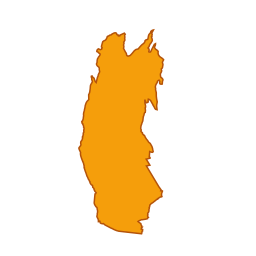 the district of Chiautzingo, Puebla, Mexico, rotated 108°
{"feature_id": "50627088B78995429412186", "entity_name": "Chiautzingo", "entity_type": "district", "adm_level": 2, "iso_a3": "MEX", "parent_name": "Mexico", "parent_adm1": "Puebla", "projection": "mercator", "projection_center": [-98.514, 19.199], "detail": "fine", "context": "isolated", "style": "filled", "palette": "amber", "viewbox_px": 256, "rotation_deg": 108, "n_neighbors": 0, "source": "geoboundaries", "source_scale": "gbopen_adm2", "svg_char_len": 5793}
<svg xmlns="http://www.w3.org/2000/svg" viewBox="0 0 256 256"><g transform="rotate(108 128 128)"><path d="M224.4,82.4L223.7,82.4L222.0,82.7L221.4,82.3L221.1,82.6L220.1,82.6L219.9,82.8L220.1,84.1L218.3,84.4L218.2,84.0L217.8,83.8L217.8,84.5L216.8,84.7L216.0,85.7L214.9,86.3L214.4,88.4L213.8,89.6L212.7,88.7L211.0,86.8L210.9,86.2L209.3,83.1L208.4,81.7L208.1,81.4L207.6,81.5L207.2,81.5L206.7,81.0L206.2,81.8L205.8,82.1L205.4,82.3L204.8,82.2L204.3,82.5L204.0,82.4L203.4,82.8L202.8,82.9L201.6,82.4L200.9,82.4L199.8,82.6L199.1,82.9L197.9,82.9L197.0,83.3L196.7,83.1L195.6,83.2L194.6,83.5L194.1,83.1L192.5,82.5L191.7,81.6L186.2,78.0L186.4,77.8L186.0,77.5L185.6,77.4L184.6,76.8L183.2,75.4L183.1,74.7L182.7,74.5L181.4,75.5L180.8,75.5L180.3,75.7L179.5,75.8L177.4,75.7L177.2,75.8L177.6,77.5L176.5,77.5L175.7,78.7L174.8,79.8L174.7,80.1L158.4,98.8L156.6,95.7L152.6,100.3L152.0,101.1L149.9,97.7L149.3,97.9L149.0,98.4L149.1,98.6L148.9,98.9L148.5,98.9L143.7,100.1L143.8,99.0L143.7,97.8L143.6,97.3L143.4,97.0L143.1,96.9L142.5,96.8L142.3,96.9L141.5,97.5L139.7,98.4L138.9,99.0L138.1,99.6L135.8,102.1L135.2,103.8L134.7,104.5L133.8,105.5L132.9,107.0L131.8,108.3L131.5,108.7L130.3,109.7L129.9,110.2L130.1,110.6L129.4,111.6L129.2,112.2L128.7,112.6L128.1,112.8L127.8,113.4L127.6,114.0L127.2,114.6L126.7,114.8L126.3,114.7L125.8,114.8L124.5,115.8L121.9,116.3L119.8,116.2L119.1,116.3L116.5,116.1L115.8,116.4L115.1,116.4L113.4,116.8L112.8,116.8L112.2,117.0L111.5,116.8L109.1,117.0L108.3,116.9L107.8,116.4L105.6,116.9L104.9,117.3L104.3,117.5L103.6,117.9L102.9,117.7L101.8,118.0L100.3,118.8L99.3,119.5L95.8,120.8L98.3,118.8L98.3,118.0L97.0,116.8L95.9,117.3L94.3,117.6L94.3,116.6L94.7,115.5L94.9,115.0L96.6,113.2L98.3,111.3L98.6,111.2L99.8,109.7L100.8,108.8L101.7,107.6L101.6,106.0L98.6,107.4L97.4,107.8L94.1,108.3L91.6,109.7L89.0,110.9L85.7,112.0L83.1,113.6L81.6,114.0L80.6,114.7L79.7,114.8L78.3,114.9L75.7,114.3L74.5,114.4L73.5,113.9L72.9,113.2L73.4,112.5L74.2,112.0L75.1,112.0L75.9,111.5L76.2,111.1L76.2,110.6L76.0,109.7L75.6,109.0L73.2,109.6L71.4,109.6L70.8,110.0L69.9,111.4L69.6,112.5L68.4,113.2L67.3,113.7L66.4,113.9L65.4,113.8L64.5,113.6L63.2,113.6L62.6,114.1L61.5,114.6L60.6,114.0L59.8,113.9L57.9,114.2L57.0,114.3L55.8,115.0L55.1,115.5L54.5,115.6L52.1,115.2L51.3,116.5L50.5,119.3L50.2,120.0L49.4,121.2L48.5,122.0L47.4,122.6L46.0,122.9L45.2,123.8L44.5,126.1L44.1,126.7L43.2,127.7L42.3,127.8L41.5,127.6L40.7,127.6L39.9,127.7L39.3,127.9L40.3,128.8L45.3,129.6L48.5,130.0L49.0,130.4L49.2,131.6L49.1,131.8L47.5,131.9L46.4,132.5L45.7,133.7L44.2,133.2L41.4,133.0L40.9,132.7L40.0,132.4L37.6,131.9L37.0,132.0L36.0,132.5L34.0,133.9L33.4,133.5L32.4,133.9L31.3,134.0L30.5,134.8L28.7,134.4L26.9,134.1L27.2,134.6L27.7,135.2L29.0,136.1L30.7,136.1L31.9,136.7L32.9,137.0L34.2,137.0L36.9,136.6L37.6,136.7L38.7,138.2L39.7,138.8L40.3,138.6L41.0,138.7L41.8,138.8L43.1,139.5L44.2,140.3L45.7,141.1L49.7,142.8L50.2,143.6L50.8,144.6L52.4,145.8L56.0,147.2L58.3,148.3L59.0,149.2L59.7,150.2L59.4,151.6L57.5,152.7L56.4,154.1L53.6,156.9L52.8,156.9L51.5,157.2L50.5,157.9L48.5,158.0L47.7,158.6L45.7,158.1L44.6,158.4L43.8,158.9L42.7,159.0L40.9,159.8L40.5,159.9L39.7,159.6L38.9,160.8L42.1,164.3L42.9,164.3L43.4,165.6L43.3,165.8L42.6,165.9L42.7,166.6L42.6,167.3L42.4,167.7L41.7,168.0L41.3,168.7L41.4,169.7L42.2,170.9L43.0,171.6L43.4,172.2L43.9,172.3L44.7,172.9L45.2,173.9L46.8,175.2L47.0,175.7L47.5,176.0L48.7,175.9L49.4,176.1L50.6,176.2L51.6,176.8L52.7,178.0L53.8,178.7L58.3,178.5L59.1,178.3L59.2,178.0L59.5,177.5L60.0,177.5L60.3,177.6L60.8,177.3L61.5,177.8L62.1,178.7L61.8,180.4L62.1,180.5L62.4,181.1L63.1,181.4L63.9,181.5L64.9,181.3L65.0,180.9L65.1,179.9L65.6,179.2L65.9,178.3L66.1,177.6L66.4,177.3L66.8,177.2L67.7,177.3L68.8,177.6L69.7,178.0L71.1,178.2L71.7,178.4L74.0,178.1L74.8,177.7L76.8,177.8L77.2,177.6L77.9,177.0L78.5,176.2L79.1,174.7L79.8,173.9L81.3,173.4L83.3,172.3L84.5,172.4L85.4,172.6L86.9,172.7L87.1,172.6L87.7,172.5L89.3,172.7L94.6,172.3L94.0,173.5L91.1,175.7L90.2,177.8L89.6,178.3L90.1,178.9L91.0,178.6L91.9,177.9L93.3,177.4L94.4,176.4L95.4,176.2L98.3,176.8L99.5,176.8L102.3,176.1L105.6,175.5L107.1,175.5L108.5,175.7L113.1,174.1L115.1,175.1L116.5,175.5L117.7,175.6L120.0,175.6L121.5,175.3L123.9,175.1L124.9,174.9L126.2,174.9L127.5,174.8L128.6,174.6L130.0,174.0L131.5,173.8L132.8,173.5L134.2,173.4L135.1,173.6L135.3,173.5L135.7,173.7L136.1,173.7L136.2,173.9L136.4,173.9L137.0,173.4L137.4,173.3L137.5,173.0L137.9,172.8L138.1,172.1L138.4,172.0L138.5,172.1L139.9,170.8L141.0,170.5L141.2,170.1L141.8,169.8L142.1,169.6L143.2,169.4L143.6,169.5L144.1,169.2L144.5,169.2L145.4,168.7L146.1,168.8L146.4,169.0L147.1,168.9L147.7,168.5L148.7,168.6L149.3,168.3L150.3,168.6L150.7,168.3L150.9,168.5L152.0,168.0L152.5,168.1L153.0,168.0L154.2,168.1L155.3,168.6L155.6,168.5L156.0,168.6L157.1,168.3L158.4,167.6L159.5,167.6L159.7,167.8L160.5,167.9L160.7,168.1L161.8,168.5L162.0,168.3L162.5,168.4L162.9,168.2L163.8,167.5L165.8,165.6L167.4,165.2L169.0,164.4L171.1,162.9L174.1,160.5L174.2,160.2L174.5,160.1L175.2,159.5L177.2,158.3L177.4,158.0L178.8,157.7L179.0,157.3L179.5,157.3L182.4,155.2L183.6,154.2L186.5,152.1L187.4,151.1L189.0,149.8L189.8,148.7L190.4,148.3L190.7,147.7L191.5,147.4L192.3,146.7L192.8,146.1L193.3,145.3L193.5,144.6L193.6,144.0L195.3,143.2L195.7,142.3L196.1,141.7L196.5,141.4L197.0,141.3L197.5,140.7L197.8,140.6L198.0,140.2L198.3,140.1L199.4,138.3L200.6,138.5L200.9,139.0L203.3,138.5L209.8,137.0L211.1,136.1L212.8,134.1L213.0,133.5L213.2,133.0L213.8,132.6L214.8,132.2L215.3,131.8L216.3,131.3L217.6,130.9L219.0,130.8L219.7,130.5L220.8,130.4L221.9,130.2L223.0,129.2L223.5,128.6L224.9,127.6L225.6,127.5L226.2,127.2L225.4,126.3L225.4,125.9L226.1,125.6L226.8,125.1L227.1,124.2L227.0,122.7L226.5,121.9L227.3,120.0L228.5,112.9L228.5,112.1L228.9,109.9L229.1,107.2L229.0,104.9L224.4,82.4Z" fill="#f59e0b" stroke="#b45309" stroke-width="1.5"/></g></svg>